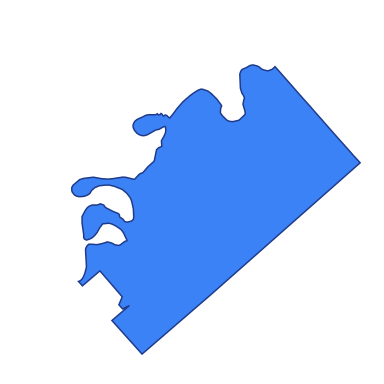 Chicot, Arkansas, United States of America, rotated 228°
{"feature_id": "52423323B43837481936937", "entity_name": "Chicot", "entity_type": "district", "adm_level": 2, "iso_a3": "USA", "parent_name": "United States of America", "parent_adm1": "Arkansas", "projection": "albers", "projection_center": [-91.16, 33.284], "detail": "fine", "context": "isolated", "style": "filled", "palette": "blue", "viewbox_px": 384, "rotation_deg": 228, "n_neighbors": 0, "source": "geoboundaries", "source_scale": "gbopen_adm2", "svg_char_len": 2913}
<svg xmlns="http://www.w3.org/2000/svg" viewBox="0 0 384 384"><g transform="rotate(228 192 192)"><path d="M186.4,337.1L229.6,337.6L229.5,333.8L231.2,329.5L233.9,327.5L236.7,326.0L239.9,325.6L242.0,324.8L245.7,322.3L247.2,319.8L248.1,315.5L249.5,311.4L249.5,310.6L249.1,309.0L247.6,306.4L236.6,297.3L231.9,295.2L229.6,294.9L227.2,294.1L226.3,293.3L225.8,292.1L223.1,288.6L216.5,285.4L214.7,284.1L214.3,283.5L214.1,282.7L213.9,276.7L214.0,274.7L216.8,269.7L217.8,268.6L219.7,267.0L221.9,266.0L228.1,265.6L231.5,266.0L232.1,266.3L235.2,269.5L235.8,271.2L236.4,271.8L239.5,272.2L244.5,272.6L252.2,272.2L256.5,271.3L261.3,268.6L262.7,267.1L263.7,264.2L264.0,262.4L264.6,258.7L264.9,255.6L265.1,245.7L264.0,236.5L262.7,230.4L261.9,224.9L264.4,224.5L265.8,224.5L267.2,223.6L267.3,223.3L267.3,221.9L268.0,221.4L269.6,221.8L271.1,221.5L270.9,220.1L271.9,218.6L273.3,218.6L274.0,216.3L278.3,211.7L279.9,209.1L281.1,204.5L282.1,201.7L282.7,199.4L282.8,196.9L282.1,194.6L280.8,192.6L279.0,191.3L276.2,190.5L272.6,190.4L270.2,191.0L267.6,192.4L266.4,193.5L265.4,194.9L264.3,197.4L262.5,205.9L262.0,207.2L260.6,209.5L259.6,214.1L258.7,215.9L258.3,215.9L255.6,214.0L253.7,211.8L252.1,208.2L250.8,204.2L250.4,203.4L246.1,200.1L247.2,196.9L247.2,194.0L240.9,185.5L240.2,184.0L240.3,176.3L239.3,168.9L239.4,167.8L240.1,166.6L240.5,164.7L239.9,158.2L240.1,157.7L240.8,157.0L247.4,152.5L249.4,150.5L255.3,141.5L257.6,138.4L262.2,133.9L269.0,128.6L274.6,120.6L276.4,116.8L276.6,108.1L276.5,107.7L275.7,105.6L273.6,103.7L272.3,103.0L269.3,102.7L267.9,102.8L266.1,103.5L264.1,104.9L261.9,107.6L260.7,109.5L259.7,112.2L259.3,114.2L259.3,115.2L260.3,118.3L260.3,122.6L258.6,127.4L255.1,132.2L252.3,135.3L248.0,138.2L240.5,141.9L234.8,142.7L229.5,142.3L227.0,141.6L224.8,140.6L218.7,137.1L212.8,132.3L211.3,130.7L210.9,129.8L210.8,128.4L211.1,127.2L212.6,124.3L213.7,123.0L215.1,122.2L218.3,122.5L221.6,121.5L223.8,122.8L225.1,122.9L230.7,120.2L237.6,117.6L238.8,117.3L241.3,117.7L244.4,116.1L245.0,115.1L245.0,114.4L245.8,112.8L249.1,109.1L250.2,106.2L250.4,103.7L249.7,100.4L247.3,93.8L242.3,89.4L233.4,83.4L232.1,82.4L230.5,81.0L229.0,80.6L226.9,81.4L225.5,84.5L224.8,86.9L224.8,90.7L225.4,94.4L227.1,99.3L228.1,104.3L224.7,109.0L222.8,110.5L220.5,111.6L217.2,112.8L211.9,114.1L210.4,114.1L207.3,113.7L199.6,111.4L199.3,110.6L200.0,109.7L200.3,108.8L200.7,103.6L201.1,102.0L204.7,99.1L206.1,98.9L208.1,98.0L211.2,96.0L211.9,95.1L212.4,93.5L215.0,88.5L216.8,85.7L219.5,83.3L221.1,81.6L222.2,80.4L222.3,78.5L221.5,75.9L220.3,74.2L208.1,64.4L206.5,62.9L203.5,58.3L201.9,55.2L200.9,52.2L200.8,49.8L201.3,48.2L201.5,47.8L195.6,47.8L195.0,70.8L160.8,70.0L157.1,62.2L151.5,62.2L149.5,69.5L150.1,46.5L105.0,46.4L103.1,137.3L101.2,336.5L104.3,336.5L111.9,336.4L116.4,336.5L138.0,336.6L156.8,336.8L158.2,336.9L159.6,336.9L160.2,336.9L161.3,336.9L165.9,336.9L178.0,337.1L186.4,337.1Z" fill="#3b82f6" stroke="#1e3a8a" stroke-width="1.5"/></g></svg>